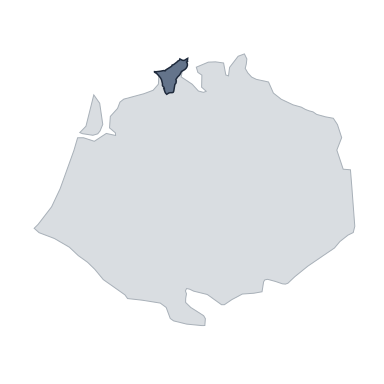 Sierra Leone, with Western highlighted, rotated 86°
{"feature_id": "SLE-761", "entity_name": "Western", "entity_type": "Province", "adm_level": 1, "iso_a3": "SLE", "parent_name": "Sierra Leone", "parent_adm1": "", "projection": "natural_earth1", "projection_center": [-13.113, 8.336], "detail": "fine", "context": "in_parent", "style": "filled", "palette": "slate", "viewbox_px": 384, "rotation_deg": 86, "n_neighbors": 0, "source": "natural_earth", "source_scale": "10m", "svg_char_len": 2453}
<svg xmlns="http://www.w3.org/2000/svg" viewBox="0 0 384 384"><g transform="rotate(86 192 192)"><path d="M326.1,188.5L325.9,191.8L323.4,206.6L319.3,219.3L316.7,222.5L305.4,225.8L300.6,231.4L296.4,249.5L293.8,263.7L289.9,266.1L273.2,286.6L262.3,294.4L254.8,301.1L247.6,309.8L238.5,318.2L228.8,332.5L221.9,347.4L217.2,352.0L213.6,347.8L197.0,333.1L179.5,323.3L142.3,306.9L129.9,302.3L130.3,296.5L134.6,285.9L127.6,273.4L130.3,264.3L127.6,264.3L122.3,269.8L110.9,268.2L103.4,260.4L97.3,257.6L94.6,253.6L90.6,233.1L87.8,223.7L82.1,218.0L70.7,216.6L66.0,204.0L59.6,194.3L60.7,188.3L65.8,188.6L69.9,193.0L76.4,194.8L84.5,184.3L91.7,178.6L93.4,173.6L92.5,170.8L88.1,175.1L76.1,174.0L73.1,177.8L67.8,179.0L63.6,166.7L63.8,159.5L65.5,151.5L77.6,150.1L78.7,147.5L70.3,145.8L59.8,136.5L57.9,130.1L63.1,128.0L68.1,128.9L72.4,130.3L77.1,128.0L81.5,124.5L84.1,120.0L87.6,108.0L99.0,103.9L105.7,96.5L112.1,85.1L115.0,77.0L117.6,73.0L119.2,69.5L120.5,65.7L123.3,62.2L126.3,53.7L128.3,45.9L134.9,42.2L148.2,38.9L160.3,44.6L179.8,39.6L180.9,32.4L198.8,32.2L220.0,32.1L237.6,32.0L243.7,34.0L245.9,39.4L251.7,47.9L257.8,53.8L265.3,66.7L274.1,81.7L283.6,95.3L289.7,102.7L290.4,105.3L289.9,108.2L287.0,115.1L284.4,122.6L284.7,125.4L286.5,126.8L296.4,129.1L297.3,137.4L297.3,148.9L302.1,159.7L306.7,167.6L306.5,170.4L295.3,183.9L291.0,197.3L288.8,201.1L287.9,204.1L290.2,205.5L293.2,204.6L297.6,205.7L301.7,206.1L307.1,201.3L316.2,189.0L319.3,187.5L326.1,188.5ZM126.2,297.1L124.9,299.8L119.0,293.2L88.3,283.2L97.0,277.9L118.3,276.3L124.6,279.4L127.4,282.0L128.5,286.9L126.2,297.1Z" fill="#d9dde1" stroke="#a8b0b8" stroke-width="1"/><path d="M86.1,213.3L86.5,212.5L85.6,212.7L85.1,213.1L84.7,213.5L84.0,213.9L83.4,214.1L83.0,214.0L82.6,214.0L81.9,213.9L77.9,214.6L75.9,215.5L73.5,217.2L71.2,219.1L69.9,221.0L69.3,221.0L69.5,219.4L69.3,215.0L69.0,212.8L68.9,211.6L69.3,210.4L68.3,209.4L65.2,203.7L64.8,203.3L64.4,203.2L64.0,203.0L63.8,202.2L63.4,201.1L61.1,197.7L60.5,197.2L60.1,196.2L59.5,195.2L58.4,194.8L59.6,193.0L60.0,192.2L60.2,190.9L59.9,189.9L58.8,187.9L58.4,187.0L60.3,187.3L60.8,187.7L61.4,187.3L61.6,187.5L62.0,188.4L63.6,187.7L65.2,187.7L66.8,188.3L68.1,189.2L69.3,190.6L71.1,194.1L74.2,196.0L76.3,198.4L78.6,200.2L80.2,199.9L80.5,200.1L82.0,200.3L82.9,201.0L83.5,201.6L89.0,202.9L90.4,203.3L91.2,203.8L91.4,204.3L91.5,204.9L91.4,206.8L91.6,208.2L92.8,210.4L91.6,211.4L90.6,211.9L86.2,213.1L86.1,213.3Z" fill="#64748b" stroke="#1e293b" stroke-width="1.5"/></g></svg>